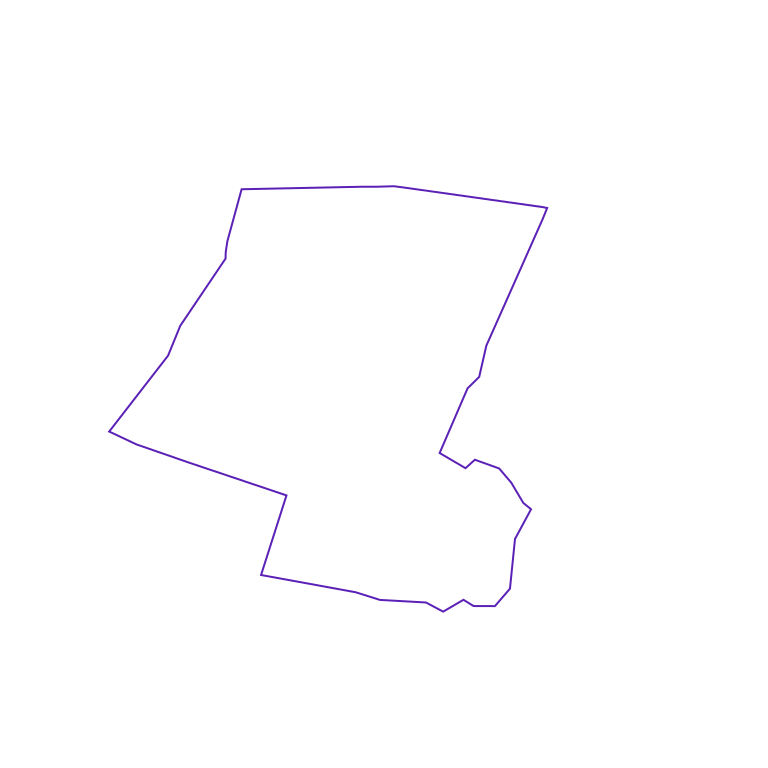 Carbon, Pennsylvania, United States of America (orthographic projection), rotated 139°
{"feature_id": "52423323B51217028410737", "entity_name": "Carbon", "entity_type": "district", "adm_level": 2, "iso_a3": "USA", "parent_name": "United States of America", "parent_adm1": "Pennsylvania", "projection": "orthographic", "projection_center": [-75.722, 40.935], "detail": "fine", "context": "isolated", "style": "outline", "palette": "violet", "viewbox_px": 768, "rotation_deg": 139, "n_neighbors": 0, "source": "geoboundaries", "source_scale": "gbopen_adm2", "svg_char_len": 634}
<svg xmlns="http://www.w3.org/2000/svg" viewBox="0 0 768 768"><g transform="rotate(139 384 384)"><path d="M499.6,561.6L528.3,547.1L622.6,528.4L610.4,500.7L582.4,452.0L530.7,363.9L602.1,320.5L542.0,245.4L528.7,223.7L495.7,191.6L488.7,173.4L465.6,169.0L462.1,157.7L446.0,143.6L423.2,146.9L386.8,181.1L355.2,193.0L356.9,202.8L352.7,226.0L352.5,244.7L365.1,267.2L377.7,267.0L387.3,295.4L323.8,325.9L307.5,326.9L281.6,345.8L201.8,383.0L155.8,404.5L145.4,409.8L148.1,413.3L239.7,518.8L246.7,526.7L260.5,538.0L271.9,547.9L363.7,624.4L408.7,594.4L417.0,587.3L421.3,582.6L499.6,561.6Z" fill="none" stroke="#5b21b6" stroke-width="2"/></g></svg>